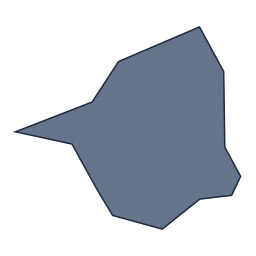 the district of Salem, Virginia, United States of America
{"feature_id": "52423323B60033050507603", "entity_name": "Salem", "entity_type": "district", "adm_level": 2, "iso_a3": "USA", "parent_name": "United States of America", "parent_adm1": "Virginia", "projection": "equal_earth", "projection_center": [-80.053, 37.288], "detail": "fine", "context": "isolated", "style": "filled", "palette": "slate", "viewbox_px": 256, "rotation_deg": 0, "n_neighbors": 0, "source": "geoboundaries", "source_scale": "gbopen_adm2", "svg_char_len": 292}
<svg xmlns="http://www.w3.org/2000/svg" viewBox="0 0 256 256"><path d="M223.7,71.6L199.5,26.9L118.6,61.5L92.1,102.0L15.4,131.8L72.0,144.1L97.6,190.5L112.7,215.5L162.2,229.1L199.8,199.1L231.7,195.3L240.6,176.4L224.8,147.1L223.7,71.6Z" fill="#64748b" stroke="#1e293b" stroke-width="1.5"/></svg>